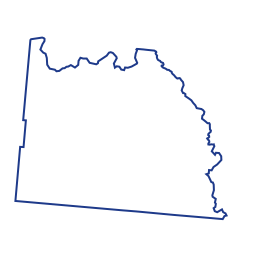 outline of Okanogan, Washington, United States of America, rotated 185°
{"feature_id": "52423323B51466238870881", "entity_name": "Okanogan", "entity_type": "district", "adm_level": 2, "iso_a3": "USA", "parent_name": "United States of America", "parent_adm1": "Washington", "projection": "mercator", "projection_center": [-120.099, 48.471], "detail": "fine", "context": "isolated", "style": "outline", "palette": "blue", "viewbox_px": 256, "rotation_deg": 185, "n_neighbors": 0, "source": "geoboundaries", "source_scale": "gbopen_adm2", "svg_char_len": 2463}
<svg xmlns="http://www.w3.org/2000/svg" viewBox="0 0 256 256"><g transform="rotate(185 128 128)"><path d="M127.0,207.6L125.8,206.1L126.8,202.5L127.1,198.5L124.5,193.7L124.8,192.9L129.8,189.5L133.4,188.0L136.2,188.0L136.9,185.3L139.8,185.6L141.9,188.3L144.6,188.5L146.3,187.0L147.7,191.0L145.3,196.5L145.8,197.9L149.6,201.4L151.8,202.0L153.5,201.4L155.5,198.2L163.5,191.8L163.6,189.9L165.2,188.7L171.9,189.6L175.2,193.6L178.7,193.3L181.5,193.8L183.1,190.6L183.1,186.5L186.1,183.6L190.4,185.7L192.9,184.0L194.7,183.6L196.3,182.1L198.4,181.7L201.4,178.9L204.2,178.3L205.9,179.7L211.1,180.3L214.0,184.0L215.0,190.7L216.6,194.8L219.0,195.7L222.1,198.5L220.5,204.0L218.8,207.3L218.9,209.5L219.7,210.2L221.4,210.6L232.3,208.0L232.9,207.1L233.1,126.7L230.4,126.7L230.4,99.9L233.8,99.8L233.8,45.5L203.3,45.5L202.8,45.5L172.7,45.5L169.7,45.5L144.5,45.5L144.4,45.5L126.4,45.5L113.5,45.6L110.0,45.6L74.8,45.4L39.6,45.5L25.7,45.5L24.2,48.7L22.2,49.4L23.4,51.4L25.9,52.5L27.3,55.1L31.8,51.9L34.3,52.7L35.7,55.6L34.1,57.0L33.9,60.2L34.9,61.3L34.4,65.0L37.7,66.9L38.1,68.3L37.0,73.5L37.7,79.1L38.7,81.1L40.3,81.4L43.6,87.1L45.9,88.8L43.6,89.8L43.6,93.2L41.0,93.1L39.4,96.6L36.0,99.4L32.2,104.3L32.7,108.0L35.1,111.0L38.2,111.0L39.0,108.9L42.5,112.1L40.4,117.4L41.1,119.0L41.2,118.9L43.7,119.0L45.2,118.5L46.5,118.6L46.6,119.6L45.8,121.0L45.9,122.0L46.6,123.0L47.4,123.4L48.2,124.5L47.0,125.3L46.3,126.2L46.6,127.5L47.5,128.0L47.4,129.1L46.2,130.5L45.3,131.4L45.2,132.8L46.2,133.6L46.7,137.5L46.8,138.9L47.5,139.9L49.2,139.7L51.2,141.2L53.3,142.6L55.1,143.7L55.0,146.6L53.7,148.2L53.3,150.7L54.6,152.2L56.5,153.3L59.6,153.6L61.3,153.8L62.9,156.5L65.2,158.6L67.3,161.1L69.9,162.7L73.7,164.8L73.8,166.8L75.5,167.7L76.2,167.6L77.8,170.1L77.3,172.5L76.3,175.5L77.2,178.5L79.7,180.9L80.2,181.8L80.9,182.2L82.3,181.9L82.7,181.6L83.7,181.8L84.1,182.3L84.8,182.6L85.4,183.2L86.5,184.4L87.4,185.1L88.3,185.7L89.2,186.8L89.3,187.6L90.4,188.3L91.1,188.5L92.3,189.4L94.1,189.4L94.7,189.9L96.5,190.7L97.2,190.8L98.1,191.2L98.8,191.4L99.7,192.4L100.0,192.7L99.9,193.1L99.3,193.1L98.8,193.2L98.4,193.7L98.1,194.5L98.8,195.9L100.6,196.4L101.2,196.8L101.8,197.6L102.7,197.9L103.3,198.1L104.2,198.6L104.7,199.4L105.2,200.3L105.5,201.4L105.4,201.8L105.3,202.5L106.2,203.6L106.7,204.1L107.0,204.9L106.8,205.4L106.4,205.9L106.6,206.5L106.9,206.6L107.7,207.0L108.5,207.4L115.7,207.5L119.6,207.6L121.7,207.6L124.7,207.6L126.8,207.5L127.0,207.6Z" fill="none" stroke="#1e3a8a" stroke-width="2"/></g></svg>